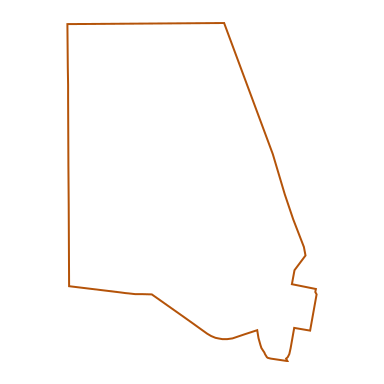 outline of Tevragh Zein, Nouakchott, Mauritania
{"feature_id": "47542326B736390613482", "entity_name": "Tevragh Zein", "entity_type": "district", "adm_level": 2, "iso_a3": "MRT", "parent_name": "Mauritania", "parent_adm1": "Nouakchott", "projection": "mercator", "projection_center": [-15.996, 18.127], "detail": "fine", "context": "isolated", "style": "outline", "palette": "amber", "viewbox_px": 384, "rotation_deg": 0, "n_neighbors": 0, "source": "geoboundaries", "source_scale": "gbopen_adm2", "svg_char_len": 739}
<svg xmlns="http://www.w3.org/2000/svg" viewBox="0 0 384 384"><path d="M287.4,361.0L286.1,358.6L287.7,357.2L289.3,354.1L290.6,348.3L294.2,327.9L310.1,330.6L316.6,294.4L315.3,292.0L315.9,289.0L291.9,284.2L294.5,270.2L305.5,255.5L303.9,247.0L293.2,219.3L284.8,194.4L272.8,154.1L224.1,23.0L67.4,24.1L67.8,67.4L68.1,84.8L68.1,96.8L68.4,166.1L68.7,204.3L69.1,286.2L120.3,292.4L125.5,293.1L128.7,293.4L134.9,294.1L141.1,294.1L151.8,294.4L187.1,319.3L207.2,333.7L211.1,336.0L215.4,337.8L218.3,338.4L222.2,339.1L227.4,339.1L232.5,338.4L244.6,334.3L257.2,330.2L258.5,338.1L260.4,344.9L261.4,348.0L263.4,351.1L264.3,352.4L265.0,354.1L266.9,357.2L267.9,357.9L270.8,358.6L287.0,361.0L287.4,361.0Z" fill="none" stroke="#b45309" stroke-width="2"/></svg>